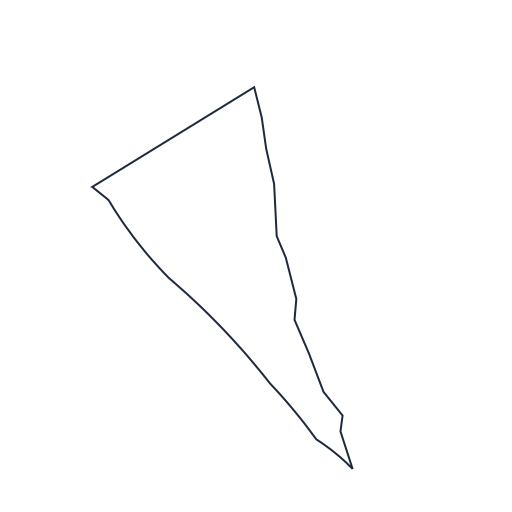 Ras al-Bar, Dumyat, Egypt, rotated 115°
{"feature_id": "37247803B87284090425389", "entity_name": "Ras al-Bar", "entity_type": "district", "adm_level": 2, "iso_a3": "EGY", "parent_name": "Egypt", "parent_adm1": "Dumyat", "projection": "equal_earth", "projection_center": [31.836, 31.51], "detail": "fine", "context": "isolated", "style": "outline", "palette": "slate", "viewbox_px": 512, "rotation_deg": 115, "n_neighbors": 0, "source": "geoboundaries", "source_scale": "gbopen_adm2", "svg_char_len": 1166}
<svg xmlns="http://www.w3.org/2000/svg" viewBox="0 0 512 512"><g transform="rotate(115 256 256)"><path d="M262.6,433.6L262.6,433.4L262.7,433.0L264.1,427.4L267.3,414.4L267.5,413.8L267.6,413.3L269.9,409.8L273.1,405.0L276.2,400.1L279.2,395.2L282.2,390.2L285.1,385.1L287.9,380.0L290.7,374.9L293.4,369.7L296.0,364.4L298.6,359.2L301.1,353.8L303.5,348.5L305.8,343.0L308.1,337.6L310.3,332.1L312.4,326.6L312.6,326.0L312.8,325.5L314.9,318.2L317.1,310.7L319.3,303.3L321.7,295.8L324.1,288.4L326.6,281.0L329.2,273.7L331.9,266.4L334.6,259.1L337.4,251.9L340.3,244.7L343.3,237.5L346.3,230.4L349.4,223.3L352.6,216.3L355.9,209.3L359.2,202.3L362.6,195.4L365.5,189.6L366.8,186.5L369.3,180.2L372.0,173.9L374.7,167.7L377.5,161.6L380.4,155.4L383.3,149.4L386.3,143.3L389.4,137.3L392.6,131.4L395.8,125.5L396.7,123.8L396.9,122.3L397.5,118.3L398.2,114.2L399.0,110.2L399.8,106.2L400.8,102.2L401.8,98.3L402.8,94.4L404.0,90.5L405.2,86.6L406.6,82.8L407.9,79.0L408.2,78.4L408.0,78.6L379.3,105.3L364.0,110.1L350.6,137.4L321.9,166.9L297.6,194.1L277.9,201.3L244.8,228.4L229.3,245.6L183.1,270.0L154.5,292.1L128.1,309.3L103.8,329.0L262.6,433.6Z" fill="none" stroke="#1e293b" stroke-width="2"/></g></svg>